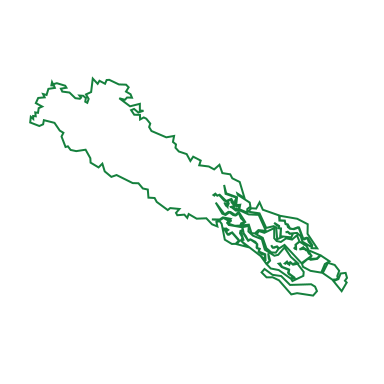 the district of Satkhira, Khulna, Bangladesh, rotated 309°
{"feature_id": "16705992B60176987344662", "entity_name": "Satkhira", "entity_type": "district", "adm_level": 2, "iso_a3": "BGD", "parent_name": "Bangladesh", "parent_adm1": "Khulna", "projection": "equal_earth", "projection_center": [89.15, 22.3], "detail": "fine", "context": "isolated", "style": "outline", "palette": "green", "viewbox_px": 384, "rotation_deg": 309, "n_neighbors": 0, "source": "geoboundaries", "source_scale": "gbopen_adm2", "svg_char_len": 6104}
<svg xmlns="http://www.w3.org/2000/svg" viewBox="0 0 384 384"><g transform="rotate(309 192 192)"><path d="M149.0,19.4L144.2,22.5L147.2,31.8L150.9,33.7L154.6,31.7L159.2,41.6L156.5,50.6L157.1,54.8L153.0,55.7L147.4,65.4L149.4,66.8L148.3,71.2L150.9,76.3L157.9,82.7L154.3,91.7L151.0,94.7L152.3,103.9L157.6,104.5L153.1,111.2L153.0,119.8L157.7,122.7L161.6,140.3L165.1,144.9L163.8,151.6L166.1,156.1L160.2,161.7L163.8,166.7L162.1,170.8L162.7,184.5L165.8,185.2L170.9,192.9L165.7,192.7L164.7,195.2L169.6,200.3L168.9,204.6L172.8,203.3L174.2,212.4L180.6,219.7L179.5,227.9L181.2,233.4L184.1,229.8L186.7,231.8L186.0,235.0L175.6,247.5L176.7,255.6L179.1,258.5L183.7,259.0L185.6,248.6L182.0,247.6L181.5,246.9L181.4,246.3L182.6,243.0L185.1,243.8L185.0,241.7L183.5,241.9L183.0,240.8L183.2,240.1L184.6,239.7L183.1,240.8L185.1,241.4L185.3,244.0L182.7,243.4L181.5,246.4L185.9,248.6L184.3,258.3L183.6,259.6L179.6,259.6L184.1,269.5L185.0,260.7L185.8,260.4L187.0,261.5L187.3,260.2L188.5,259.6L190.2,255.2L192.2,254.2L193.6,254.8L194.3,255.8L196.1,253.1L189.5,241.3L190.3,238.7L194.6,238.8L192.4,237.1L191.6,232.8L187.7,231.4L183.2,224.7L188.1,230.8L191.7,232.0L195.3,238.6L194.1,240.4L190.2,239.8L192.7,246.5L196.2,250.6L198.6,249.9L201.9,251.8L202.4,246.6L205.2,241.4L202.0,241.1L201.0,240.5L200.0,238.5L199.8,233.9L195.3,232.6L194.2,229.2L198.7,217.1L195.1,231.5L199.5,232.8L200.7,234.5L201.4,240.2L204.6,240.6L205.6,241.9L202.2,252.3L196.6,251.1L202.4,256.7L197.5,264.1L199.3,266.9L204.2,267.6L208.3,273.9L216.2,258.2L210.2,250.1L208.0,241.5L205.1,237.7L205.1,231.8L208.0,233.9L208.9,229.1L210.9,227.2L207.3,225.4L206.2,227.8L202.8,228.8L202.8,226.9L204.2,223.7L203.0,228.6L206.7,225.3L205.6,222.5L206.8,214.9L205.0,214.0L205.1,211.6L203.3,211.6L203.2,210.6L205.4,211.2L205.1,213.8L207.3,215.2L206.5,224.2L211.4,226.9L208.6,234.4L205.2,232.9L207.7,239.1L211.8,237.5L209.0,236.2L209.5,233.5L212.3,231.0L215.6,230.1L211.7,219.3L217.7,212.5L212.5,219.4L216.3,230.3L209.6,234.6L212.4,237.5L208.4,239.6L210.7,247.7L213.6,245.7L217.4,246.6L220.1,243.5L218.6,229.3L219.4,228.2L220.3,236.7L229.8,222.8L228.0,214.7L229.8,210.6L225.8,203.7L230.4,196.2L223.5,195.0L222.4,189.0L217.3,180.8L221.9,179.0L220.2,170.7L215.1,171.2L218.1,164.0L215.2,156.3L216.0,151.3L218.9,149.6L218.9,145.7L224.3,142.8L218.3,137.6L213.9,122.1L215.5,117.8L218.9,116.5L220.2,110.3L219.6,107.6L215.7,106.0L219.2,103.0L215.7,98.5L217.3,93.2L220.1,94.7L220.0,100.2L224.6,103.2L222.5,100.2L227.7,96.0L219.6,89.9L219.1,76.5L221.4,81.8L224.6,82.1L227.5,86.0L229.3,82.7L228.5,77.5L233.5,76.9L233.9,73.2L229.6,67.5L227.1,57.1L225.3,55.2L221.4,56.3L220.2,50.1L216.7,50.6L217.7,43.5L206.2,50.7L201.1,48.2L199.3,53.1L195.4,54.5L195.0,52.2L198.2,50.4L198.3,46.9L196.1,43.8L195.5,46.4L193.9,46.2L191.5,42.3L192.2,34.2L188.4,28.0L189.8,25.1L194.0,28.8L194.8,26.6L191.5,18.5L188.3,16.2L189.3,14.1L186.4,15.6L187.8,17.7L186.6,19.9L181.8,15.5L175.9,17.9L174.4,14.6L172.8,17.9L168.3,13.3L162.8,14.7L164.1,21.8L160.7,20.1L156.6,22.5L155.2,20.1L152.5,22.9L151.1,20.7L148.9,22.6L149.0,19.4ZM196.4,266.8L196.8,260.7L201.4,257.4L196.4,253.4L192.5,258.1L191.6,261.5L189.8,265.8L192.0,267.2L193.1,272.5L192.5,275.6L189.5,277.9L190.5,280.4L187.8,281.3L189.7,288.1L185.7,291.7L184.6,288.9L183.0,294.8L187.4,295.8L188.6,293.6L192.3,289.8L187.8,295.9L182.9,295.5L182.1,301.3L185.9,308.5L186.8,322.7L189.6,325.2L189.2,318.5L189.9,317.3L192.4,316.5L190.1,308.9L190.8,304.5L192.0,305.5L190.5,309.1L192.9,316.3L189.7,318.3L190.0,325.1L189.4,325.5L186.8,323.8L186.0,326.1L196.9,331.3L200.2,329.1L202.6,319.2L199.1,316.3L199.1,312.7L196.8,313.4L196.5,311.7L197.5,309.9L195.1,309.8L194.9,309.1L197.7,309.6L196.9,312.9L198.4,312.3L199.4,312.7L199.3,316.0L201.1,316.5L202.8,318.8L203.2,320.5L203.8,309.5L207.1,298.8L197.4,298.5L194.3,296.1L193.0,284.9L199.2,276.0L196.4,266.8ZM203.8,268.6L199.6,268.9L200.9,275.8L195.1,285.2L195.0,291.7L197.6,295.3L202.1,295.0L203.0,292.4L200.3,290.9L199.5,289.9L199.7,288.8L200.5,287.1L199.7,289.9L203.3,292.3L202.9,295.2L209.1,297.2L205.6,321.9L217.0,324.9L217.9,323.7L218.1,320.4L219.0,318.8L218.4,317.1L218.6,315.9L218.0,314.8L218.7,313.5L217.3,313.8L215.0,311.7L218.9,313.2L219.3,318.8L218.3,320.5L219.9,320.1L222.1,315.0L221.1,306.9L216.6,305.8L213.4,308.7L212.7,308.2L212.9,306.0L213.2,308.5L216.1,305.6L221.2,306.6L224.4,300.8L218.0,299.7L215.2,294.3L209.1,292.5L207.2,288.7L207.8,285.0L215.7,278.6L205.8,273.9L203.8,268.6ZM219.5,252.3L216.7,248.3L212.1,248.1L217.9,257.9L210.8,272.3L216.9,277.0L217.3,279.9L208.9,287.9L214.3,290.7L213.1,288.4L219.5,284.1L218.3,282.1L218.4,281.8L220.3,280.9L219.4,279.1L219.7,276.0L219.8,275.3L220.4,280.8L220.2,281.3L218.5,282.0L219.7,284.1L213.4,288.7L219.2,297.7L223.1,296.7L221.0,294.2L221.1,291.4L219.5,290.1L221.4,291.4L221.4,294.3L226.3,299.4L226.0,304.4L222.9,309.1L224.2,318.1L226.0,318.5L226.7,314.1L228.8,310.6L226.0,309.2L225.4,308.5L225.4,307.7L231.5,297.2L227.3,294.7L225.1,291.3L225.1,288.6L225.7,287.7L226.7,287.1L225.9,284.9L227.9,282.2L224.8,277.9L228.6,274.4L222.8,258.2L226.5,251.0L219.5,252.3ZM195.3,342.7L181.5,326.7L182.8,314.2L178.3,306.7L177.8,296.8L173.3,296.7L172.6,303.6L176.5,308.4L178.1,315.2L174.9,333.6L179.5,337.3L187.7,351.3L193.6,351.5L195.9,347.2L195.3,342.7ZM227.0,324.8L232.2,308.1L239.8,302.2L237.4,290.6L228.8,275.2L225.1,277.9L228.2,282.1L226.1,284.7L227.1,286.8L225.4,291.1L226.8,293.8L231.3,296.5L231.8,297.6L225.7,307.9L228.6,309.8L229.1,311.0L226.3,319.0L223.6,320.3L227.0,324.8ZM213.5,324.2L205.4,322.7L203.7,325.3L205.3,333.7L210.7,343.2L219.6,340.6L224.7,342.4L223.7,331.9L218.8,331.4L214.0,326.9L213.5,324.2ZM222.5,342.2L211.3,344.6L212.2,356.2L214.4,358.7L216.7,359.8L218.1,357.8L223.4,356.0L225.1,348.8L222.5,342.2ZM189.4,266.4L192.1,258.2L193.7,256.3L192.1,254.5L187.2,262.1L185.4,261.0L184.9,263.4L185.6,291.1L189.4,287.9L187.6,285.9L187.5,281.3L190.1,280.3L189.2,278.0L189.4,277.2L192.5,275.1L191.9,267.4L189.4,266.4ZM216.4,360.6L211.8,358.0L209.1,370.7L219.0,369.2L219.3,366.7L222.8,366.5L225.8,362.3L222.2,358.8L216.4,360.6ZM223.6,331.6L220.6,321.1L218.9,320.9L217.6,325.1L213.8,325.4L218.7,330.7L223.6,331.6Z" fill="none" stroke="#15803d" stroke-width="2"/></g></svg>